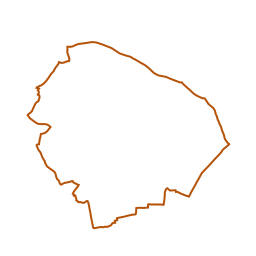 Ibadan South West, Oyo, Nigeria (Robinson projection), rotated 258°
{"feature_id": "59680162B83508950999506", "entity_name": "Ibadan South West", "entity_type": "district", "adm_level": 2, "iso_a3": "NGA", "parent_name": "Nigeria", "parent_adm1": "Oyo", "projection": "robinson", "projection_center": [3.862, 7.363], "detail": "fine", "context": "isolated", "style": "outline", "palette": "amber", "viewbox_px": 256, "rotation_deg": 258, "n_neighbors": 0, "source": "geoboundaries", "source_scale": "gbopen_adm2", "svg_char_len": 5522}
<svg xmlns="http://www.w3.org/2000/svg" viewBox="0 0 256 256"><g transform="rotate(258 128 128)"><path d="M140.7,209.4L141.0,209.1L141.8,206.7L143.0,205.1L144.8,202.7L146.1,201.2L147.1,200.2L148.1,199.3L150.3,197.8L153.0,195.9L155.2,194.2L157.8,192.3L160.2,190.7L161.4,190.2L161.8,188.3L167.2,179.9L170.1,175.8L173.2,168.5L176.4,164.8L181.5,161.3L183.2,160.0L184.4,159.0L185.2,158.4L187.1,156.4L188.8,154.4L191.2,151.8L192.9,149.9L193.9,148.9L195.4,146.8L196.1,146.2L196.8,145.8L197.9,143.8L199.3,141.0L202.7,135.3L204.7,133.4L209.3,128.8L210.6,127.1L211.8,125.2L213.3,122.9L214.7,120.8L215.3,119.8L216.1,118.4L217.4,116.3L218.3,114.6L219.1,112.2L219.6,110.3L219.7,108.2L219.8,105.4L220.1,101.7L220.4,96.3L220.1,94.1L219.3,90.8L219.4,88.5L220.1,85.6L217.7,85.2L215.7,84.6L214.1,84.3L211.8,84.7L209.1,84.9L207.7,85.0L205.8,84.4L205.8,84.0L205.9,83.3L205.9,82.5L205.8,82.3L205.8,81.9L205.8,81.5L205.7,81.0L205.7,80.7L205.6,80.2L205.4,79.5L205.3,79.0L205.3,78.2L205.3,77.8L205.3,77.6L205.4,77.3L205.5,77.1L205.5,76.6L205.6,76.1L205.9,75.5L206.3,75.0L206.7,74.4L206.8,74.2L206.6,74.1L206.4,74.0L206.2,73.8L206.0,73.6L205.1,73.2L203.7,71.6L202.5,70.1L201.2,68.8L199.5,67.5L198.7,66.7L198.5,66.3L198.2,65.8L197.6,65.1L197.2,64.5L197.0,64.2L196.4,63.5L195.6,62.7L194.7,61.8L194.1,61.2L193.5,60.7L193.1,60.3L192.7,59.5L192.0,58.9L190.7,57.4L189.2,55.1L187.9,52.5L187.6,51.3L187.6,50.4L187.0,48.7L186.6,47.9L186.8,47.2L186.2,46.9L185.9,47.6L185.3,48.6L185.2,48.8L185.0,49.1L183.7,47.6L183.3,47.9L183.0,48.1L182.5,48.2L181.7,48.2L180.9,48.1L180.5,47.8L180.0,47.3L179.6,46.8L179.3,46.7L179.0,47.1L178.8,47.4L178.6,47.8L178.4,48.0L178.0,48.0L176.9,47.9L176.5,47.8L175.9,47.7L175.5,47.5L174.8,46.9L174.5,46.8L174.0,46.5L173.5,46.3L173.1,46.2L172.5,44.9L172.0,43.6L171.3,42.7L169.8,41.5L167.9,40.1L166.8,39.2L165.0,38.0L164.3,37.4L163.7,36.5L162.8,34.7L161.8,32.9L161.4,32.5L157.9,34.1L154.2,37.3L151.6,39.8L150.8,41.0L150.2,42.6L149.6,45.1L148.9,48.1L148.0,49.9L146.2,51.7L145.0,52.4L143.3,50.3L141.9,48.6L141.1,47.3L140.5,45.7L140.3,44.4L140.2,43.5L140.2,42.2L140.2,41.5L137.7,40.5L136.4,39.9L136.2,39.7L133.7,38.7L131.8,38.0L130.6,37.6L130.6,37.3L130.7,36.8L130.7,35.9L130.3,35.1L129.6,35.0L126.6,35.6L124.4,36.2L123.0,37.0L121.4,37.5L118.1,38.0L116.7,38.2L115.4,38.8L113.9,39.2L113.1,39.7L111.5,39.6L110.9,39.7L109.6,40.2L107.9,40.6L106.6,41.3L105.9,42.1L104.7,43.0L103.7,44.0L102.6,45.1L101.5,46.0L100.1,47.1L98.8,47.5L96.7,47.6L94.5,47.7L94.0,47.9L92.5,48.1L92.0,48.7L91.5,49.1L90.8,49.4L89.8,49.6L88.8,49.6L88.0,49.8L87.0,50.2L86.7,50.5L86.5,50.9L86.8,51.8L87.0,52.5L87.3,53.5L87.4,54.5L87.5,55.6L87.4,56.4L87.4,57.4L87.4,58.4L87.5,60.8L87.8,62.5L87.6,62.8L87.3,62.8L87.0,62.7L86.8,62.9L86.4,63.2L86.1,63.4L85.8,63.6L85.5,63.9L85.2,64.3L84.8,64.9L84.2,65.7L83.3,66.8L83.2,67.0L82.9,67.2L82.6,67.7L82.5,67.9L81.2,66.7L80.0,65.3L79.1,64.1L78.3,63.2L77.4,62.2L76.3,61.2L75.3,60.4L75.1,60.7L74.8,60.9L74.5,61.0L74.3,60.9L73.9,60.8L73.6,60.8L73.2,60.9L73.0,61.0L73.2,61.3L73.3,61.6L73.3,61.8L73.3,62.0L73.2,62.2L72.9,62.4L72.4,62.5L71.9,62.5L71.5,62.4L71.1,62.5L70.8,62.5L70.4,62.6L69.9,62.7L69.5,62.7L69.2,62.7L68.9,62.7L68.6,62.5L68.4,62.4L68.1,62.3L67.8,62.5L67.7,62.6L67.5,62.8L67.4,62.9L67.1,63.3L66.8,63.6L66.2,63.8L65.8,64.0L65.7,64.5L65.7,64.9L65.6,65.5L65.5,66.1L64.6,67.4L64.3,67.9L64.1,68.6L64.0,69.2L64.0,69.6L64.3,70.3L64.6,70.9L65.0,72.1L65.1,73.1L64.7,73.4L63.8,73.5L63.1,73.7L62.3,73.6L62.1,73.6L60.5,73.8L59.3,73.7L58.1,73.6L55.8,73.6L51.5,73.5L47.4,73.3L42.8,73.3L42.0,73.2L41.0,73.2L40.5,73.3L40.2,73.3L39.7,73.3L38.9,73.2L38.4,73.2L37.4,73.4L37.1,74.0L36.9,75.1L37.0,75.8L36.9,76.7L36.9,77.8L36.9,79.7L36.8,81.1L36.3,82.1L36.1,83.9L36.2,84.9L36.1,85.4L35.8,86.1L35.6,86.8L35.9,87.3L35.7,88.0L35.9,89.3L36.5,91.3L37.8,92.6L38.2,93.2L38.2,93.6L38.1,95.0L38.0,95.7L38.4,95.7L39.2,95.7L40.0,95.8L40.1,96.2L40.0,97.0L40.0,98.2L40.6,98.3L41.5,98.4L42.0,98.4L42.2,98.6L42.1,100.3L42.1,101.6L42.1,103.1L42.1,104.9L42.1,107.0L42.2,108.4L42.3,110.2L42.3,111.7L42.3,112.8L42.3,113.6L42.3,114.4L42.1,115.5L42.0,116.3L42.0,116.9L42.1,117.4L42.2,117.7L44.6,118.6L46.6,119.1L48.0,119.5L47.7,121.8L47.5,123.2L46.7,126.1L46.0,131.1L46.9,131.3L48.2,131.6L48.9,131.6L49.1,132.1L49.0,132.8L48.6,134.1L48.3,134.6L48.2,135.2L48.1,136.4L47.8,137.6L47.4,139.1L47.1,140.9L46.6,142.9L46.1,145.0L45.8,145.8L45.7,146.2L45.5,146.8L45.9,147.1L46.3,147.2L48.0,147.8L49.6,148.4L51.6,149.1L54.0,149.8L57.5,150.7L58.7,151.4L60.2,152.5L60.5,152.9L60.9,153.5L60.9,153.9L60.5,154.2L58.9,155.4L58.1,156.1L57.9,156.6L57.9,157.5L57.6,159.4L57.2,161.6L56.8,161.6L55.5,161.6L55.4,162.5L55.2,163.0L54.6,164.0L54.1,164.5L53.2,165.6L52.7,166.3L52.3,166.8L51.7,167.9L50.8,169.0L49.9,170.5L49.3,171.4L49.0,172.2L48.2,173.3L49.7,174.6L51.9,176.3L53.5,177.7L56.3,180.2L58.7,182.3L60.8,184.0L61.4,184.6L62.6,185.7L64.1,187.0L66.6,189.1L68.1,190.4L68.8,191.1L69.3,191.9L72.2,196.1L74.2,199.1L76.1,201.7L77.8,204.1L79.7,206.7L81.3,209.1L83.2,211.8L84.5,213.7L84.9,214.1L85.5,214.8L86.9,216.0L87.2,216.5L87.9,217.8L89.3,220.5L91.0,223.5L91.4,223.5L91.7,223.2L92.4,222.6L93.1,222.2L93.9,221.9L95.0,221.3L96.3,220.8L97.1,220.5L98.4,220.4L101.0,220.4L102.4,220.2L105.2,219.6L107.6,219.4L109.5,219.2L110.5,219.1L112.1,218.6L113.5,218.3L115.0,218.2L115.7,218.0L117.4,217.5L117.9,217.5L120.5,217.3L121.0,217.3L121.7,217.1L122.8,216.9L123.7,216.7L125.1,216.7L126.3,216.6L127.2,216.5L128.0,216.3L128.8,216.0L130.0,215.5L130.5,215.0L130.8,214.7L134.7,211.8L135.1,211.5L136.0,211.2L137.9,210.5L139.0,210.0L140.7,209.4Z" fill="none" stroke="#b45309" stroke-width="2"/></g></svg>